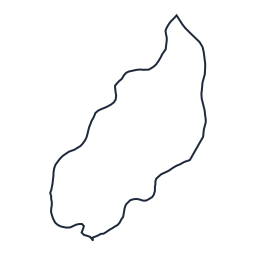 II-2 Somerset And Berks, Pomeroon-Supenaam, Guyana (Mercator projection)
{"feature_id": "73187651B32807906119363", "entity_name": "II-2 Somerset And Berks", "entity_type": "district", "adm_level": 2, "iso_a3": "GUY", "parent_name": "Guyana", "parent_adm1": "Pomeroon-Supenaam", "projection": "mercator", "projection_center": [-58.72, 7.1], "detail": "fine", "context": "isolated", "style": "outline", "palette": "slate", "viewbox_px": 256, "rotation_deg": 0, "n_neighbors": 0, "source": "geoboundaries", "source_scale": "gbopen_adm2", "svg_char_len": 1949}
<svg xmlns="http://www.w3.org/2000/svg" viewBox="0 0 256 256"><path d="M189.8,160.1L203.1,136.8L203.9,129.2L205.6,123.0L205.8,120.3L204.5,109.8L201.7,98.6L201.6,96.7L201.4,93.8L201.8,90.4L202.5,82.7L204.8,74.2L205.2,66.6L205.2,63.6L203.7,51.9L202.5,46.9L199.6,42.1L190.9,33.7L185.1,27.9L182.1,24.0L176.6,15.4L173.4,18.9L171.2,21.0L169.5,23.1L168.0,25.4L166.6,27.9L165.5,30.8L166.0,34.2L166.6,36.8L166.8,39.7L166.5,42.6L166.1,45.5L165.7,49.3L164.0,51.7L162.1,54.4L160.4,57.9L158.2,61.5L156.0,64.6L153.7,66.6L151.4,68.1L148.9,69.6L146.2,69.7L143.2,69.8L140.0,69.5L136.4,69.9L132.6,70.7L128.9,71.5L126.2,72.8L123.9,75.3L121.8,78.9L119.1,81.1L116.7,83.7L115.0,85.9L115.2,88.6L115.6,92.1L116.2,95.7L115.6,99.7L113.7,102.5L111.1,104.5L107.9,106.3L105.1,107.6L101.8,108.9L98.2,110.6L95.3,113.1L94.4,115.6L93.2,118.1L91.5,121.1L90.4,124.1L89.2,127.0L88.3,130.5L87.5,133.9L86.4,137.7L84.9,140.6L82.7,143.6L80.4,146.1L77.1,148.0L74.3,149.8L71.6,150.7L68.7,151.8L63.0,155.7L60.6,158.0L58.9,160.1L57.2,162.4L55.4,164.9L54.2,168.3L53.5,172.6L53.4,176.4L52.9,179.9L52.5,183.9L51.9,186.9L51.3,189.9L50.2,193.0L51.2,196.5L51.2,199.0L51.8,202.0L51.8,205.1L51.2,208.5L51.1,212.4L52.3,216.3L53.2,218.9L55.1,222.5L57.3,224.6L60.4,226.3L64.0,227.2L66.9,227.6L70.3,227.4L73.5,225.9L76.1,224.7L79.2,224.0L82.0,224.0L83.9,226.1L83.0,229.0L81.6,232.6L84.0,234.9L87.1,235.8L90.1,236.9L91.9,239.1L93.1,240.6L92.4,237.7L95.4,236.6L98.4,235.3L100.8,233.9L103.5,233.7L106.3,232.0L109.2,230.0L112.1,228.3L114.9,226.5L117.6,225.0L119.6,222.7L121.4,219.3L123.1,216.9L123.6,214.1L124.1,211.3L124.6,208.3L125.9,204.6L128.0,202.4L130.3,200.2L133.3,199.3L136.3,198.9L139.7,199.5L142.9,200.6L146.0,200.6L149.1,199.0L152.1,197.1L153.7,194.9L154.9,191.0L154.9,187.1L155.4,184.3L155.4,181.3L156.3,178.6L161.0,174.4L163.5,173.2L166.3,171.9L169.3,170.4L171.6,168.7L174.1,167.1L176.8,165.6L179.3,164.7L181.8,163.3L184.4,161.9L189.8,160.1Z" fill="none" stroke="#1e293b" stroke-width="2"/></svg>